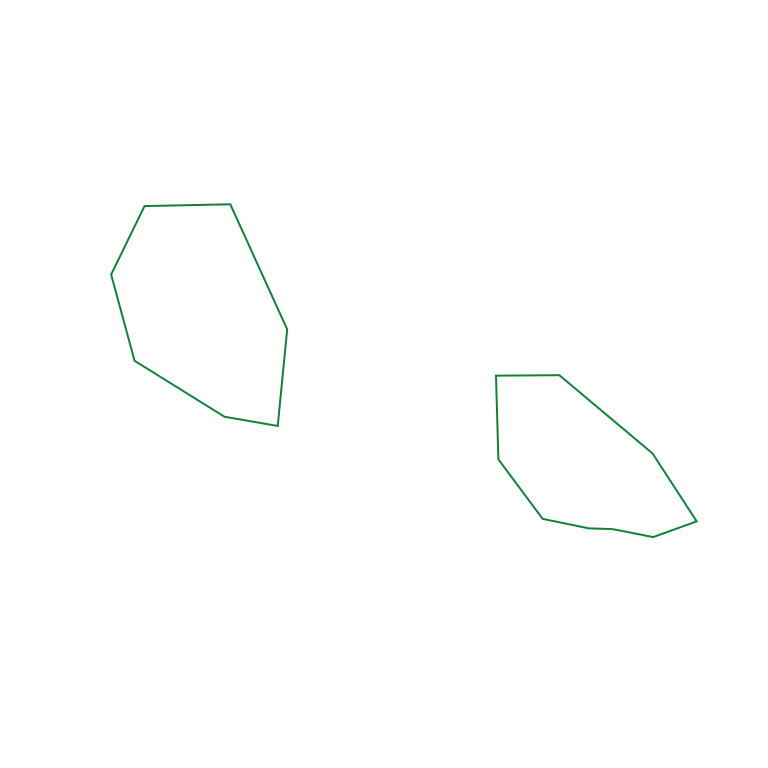 Isles of Scilly, orthographic projection, rotated 151°
{"feature_id": "GBR-5988", "entity_name": "Isles of Scilly", "entity_type": "Unitary Single-Tier County", "adm_level": 1, "iso_a3": "GBR", "parent_name": "United Kingdom", "parent_adm1": "", "projection": "orthographic", "projection_center": [-6.319, 49.937], "detail": "fine", "context": "isolated", "style": "outline", "palette": "green", "viewbox_px": 768, "rotation_deg": 151, "n_neighbors": 0, "source": "natural_earth", "source_scale": "10m", "svg_char_len": 383}
<svg xmlns="http://www.w3.org/2000/svg" viewBox="0 0 768 768"><g transform="rotate(151 384 384)"><path d="M497.3,398.8L539.4,432.7L590.9,525.2L569.6,612.0L507.2,655.7L431.3,615.7L442.2,478.7L497.3,398.8ZM274.8,158.4L310.6,189.1L320.5,262.6L282.0,337.0L226.4,306.7L182.8,193.1L177.1,112.3L222.8,119.6L254.5,146.3L274.8,158.4Z" fill="none" stroke="#15803d" stroke-width="2"/></g></svg>